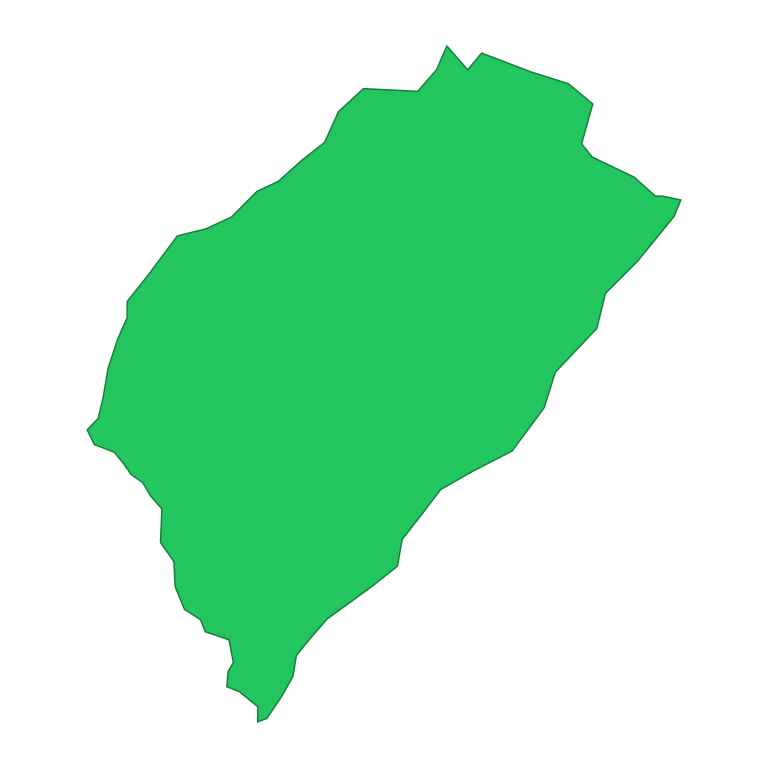 outline of Ayia Marina Kelokedharon, Paphos, Cyprus
{"feature_id": "46923920B72864287320521", "entity_name": "Ayia Marina Kelokedharon", "entity_type": "district", "adm_level": 2, "iso_a3": "CYP", "parent_name": "Cyprus", "parent_adm1": "Paphos", "projection": "mercator", "projection_center": [32.613, 34.821], "detail": "fine", "context": "isolated", "style": "filled", "palette": "green", "viewbox_px": 768, "rotation_deg": 0, "n_neighbors": 0, "source": "geoboundaries", "source_scale": "gbopen_adm2", "svg_char_len": 1008}
<svg xmlns="http://www.w3.org/2000/svg" viewBox="0 0 768 768"><path d="M257.6,721.9L266.9,718.4L282.3,695.4L293.0,676.2L296.3,655.6L307.1,642.2L310.3,638.3L327.5,618.6L345.7,605.5L373.2,585.4L397.4,566.2L402.1,539.5L420.8,515.6L440.8,489.4L473.0,471.1L512.1,451.0L544.3,407.5L555.3,372.3L596.8,328.4L605.5,293.3L637.6,261.1L674.0,216.5L680.8,200.0L662.2,196.1L655.3,196.1L634.4,177.3L592.1,157.0L581.6,143.8L592.8,104.0L575.5,89.6L568.4,83.8L530.9,71.9L481.6,53.1L467.7,69.8L446.9,46.1L436.5,69.8L417.7,91.4L363.5,88.6L338.5,111.7L324.6,142.4L302.4,159.8L278.1,181.5L257.2,191.2L231.5,217.0L205.8,228.9L177.4,235.9L148.2,275.0L127.2,301.5L127.2,317.8L117.8,338.8L108.1,368.3L103.2,397.3L98.3,418.3L87.2,429.9L94.3,444.6L114.3,452.2L124.1,464.3L131.2,474.6L142.7,482.6L150.3,495.6L161.9,508.9L160.5,542.4L173.9,561.6L175.2,586.7L184.5,609.4L200.5,619.7L205.4,631.8L229.0,639.8L233.4,662.6L228.1,671.5L226.8,686.7L239.2,691.6L257.9,706.8L257.6,721.9Z" fill="#22c55e" stroke="#15803d" stroke-width="1.5"/></svg>